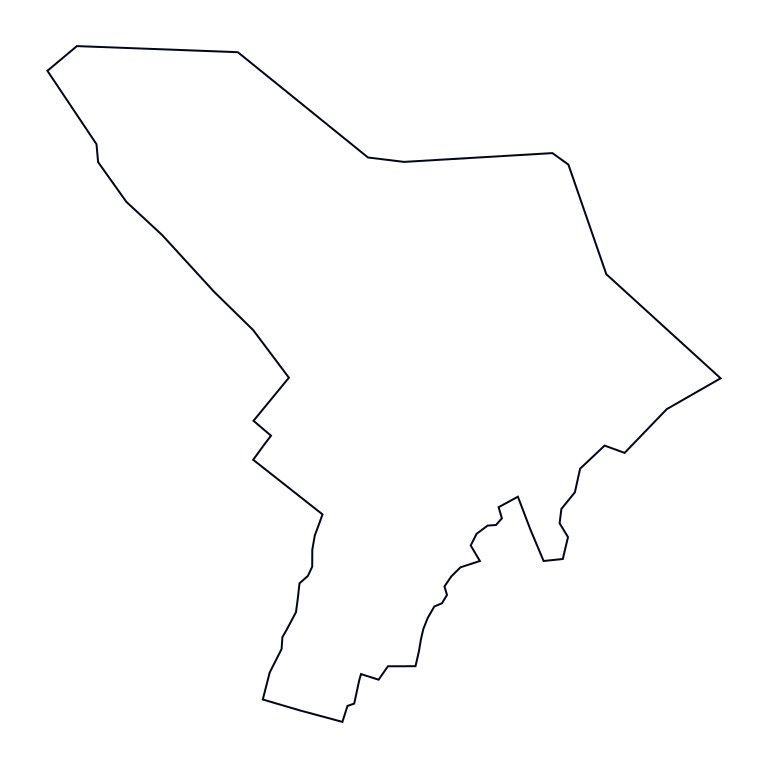 Yunusabad, Tashkent, Uzbekistan (orthographic projection)
{"feature_id": "79887680B16922356170962", "entity_name": "Yunusabad", "entity_type": "district", "adm_level": 2, "iso_a3": "UZB", "parent_name": "Uzbekistan", "parent_adm1": "Tashkent", "projection": "orthographic", "projection_center": [69.256, 41.321], "detail": "fine", "context": "isolated", "style": "outline", "palette": "ink", "viewbox_px": 768, "rotation_deg": 0, "n_neighbors": 0, "source": "geoboundaries", "source_scale": "gbopen_adm2", "svg_char_len": 994}
<svg xmlns="http://www.w3.org/2000/svg" viewBox="0 0 768 768"><path d="M47.4,70.8L96.5,144.2L98.1,162.1L126.4,201.9L162.2,235.1L213.9,291.6L253.1,330.0L288.9,377.7L253.5,420.8L271.0,435.7L263.4,445.7L253.2,459.8L322.5,514.4L318.3,526.1L314.8,535.4L312.3,549.7L312.2,566.7L307.9,575.9L299.5,583.3L297.8,598.5L296.0,612.1L286.7,629.7L282.4,637.2L281.6,649.0L269.7,672.5L262.8,699.5L300.5,710.6L342.4,721.9L347.5,705.9L354.2,703.6L359.3,680.0L361.0,674.1L378.6,679.7L387.9,666.3L415.5,666.2L419.0,651.0L420.8,640.0L423.3,629.1L427.6,618.2L434.3,606.5L441.9,603.3L447.0,595.0L444.5,586.4L451.3,576.4L460.5,567.3L479.9,561.0L470.7,545.5L476.6,533.8L487.6,525.6L496.0,525.0L501.9,518.3L498.6,507.2L517.9,496.7L530.3,529.3L543.6,561.0L562.8,559.0L568.0,537.1L559.6,523.3L561.4,508.9L574.9,492.3L580.1,468.7L604.6,445.6L624.6,452.9L666.8,409.1L720.6,378.3L606.3,274.2L568.4,164.6L552.4,153.1L404.0,161.9L368.0,157.5L237.8,52.2L76.9,46.1L47.4,70.8Z" fill="none" stroke="#020617" stroke-width="2"/></svg>